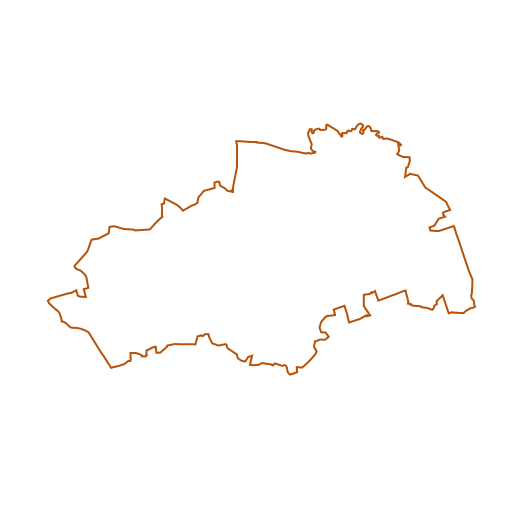 the district of Lutriņu pag., Saldus, Latvia, rotated 173°
{"feature_id": "27541924B57809969281457", "entity_name": "Lutriņu pag.", "entity_type": "district", "adm_level": 2, "iso_a3": "LVA", "parent_name": "Latvia", "parent_adm1": "Saldus", "projection": "mercator", "projection_center": [22.327, 56.738], "detail": "fine", "context": "isolated", "style": "outline", "palette": "amber", "viewbox_px": 512, "rotation_deg": 173, "n_neighbors": 0, "source": "geoboundaries", "source_scale": "gbopen_adm2", "svg_char_len": 6057}
<svg xmlns="http://www.w3.org/2000/svg" viewBox="0 0 512 512"><g transform="rotate(173 256 256)"><path d="M71.7,175.6L68.6,176.3L68.6,176.0L63.0,175.1L57.1,174.0L53.5,176.4L52.7,176.6L50.1,177.8L49.6,178.0L47.0,178.1L44.9,178.8L45.4,182.4L45.3,182.8L45.4,183.9L45.3,185.2L45.5,185.7L46.7,186.9L47.3,188.7L47.3,189.5L47.1,190.0L47.2,191.0L46.6,191.8L46.2,193.3L44.9,200.5L44.0,206.3L46.7,215.9L52.4,244.2L54.8,255.1L54.7,255.2L56.0,261.6L69.5,258.9L71.7,258.5L73.9,258.8L79.9,260.1L80.3,263.2L75.3,264.3L70.2,270.7L63.5,272.0L65.0,274.0L65.3,275.7L64.9,276.5L64.7,276.6L57.8,278.0L60.2,284.8L60.6,286.5L79.7,303.5L85.4,316.1L93.4,318.9L93.5,318.6L93.8,318.2L96.6,317.2L98.4,316.3L96.1,325.3L94.4,325.7L92.0,331.1L91.6,332.1L91.7,334.3L91.8,334.9L91.6,335.3L98.3,336.5L103.4,339.7L101.0,343.2L101.2,349.4L99.2,348.1L98.5,348.6L100.6,351.3L101.6,352.0L104.8,353.4L107.1,354.7L111.8,356.7L115.6,356.8L116.1,358.9L119.2,358.3L119.5,359.8L119.5,360.2L119.9,360.1L120.6,360.3L121.4,360.7L122.0,361.2L121.9,362.0L121.6,362.5L121.3,362.7L120.2,362.8L119.2,363.2L118.8,363.9L118.9,364.2L119.1,364.5L120.3,365.1L121.7,365.4L123.6,365.5L125.7,365.9L126.2,366.1L126.4,366.4L126.4,368.0L127.3,370.4L128.1,371.1L128.5,371.3L128.9,371.3L130.4,370.8L132.0,368.9L132.9,368.1L133.5,368.1L133.5,367.9L134.2,367.8L134.4,367.7L134.6,367.3L134.2,366.3L134.3,365.8L134.6,364.8L135.3,364.3L135.9,364.3L136.4,364.6L137.6,365.6L137.8,365.9L137.8,366.4L136.1,369.4L134.7,370.8L133.9,371.6L133.7,372.1L134.1,373.0L135.8,374.6L136.2,374.7L137.0,374.6L138.1,374.2L139.4,373.3L140.4,372.2L141.8,370.2L142.5,369.7L143.1,369.8L144.8,370.5L145.1,370.4L145.3,370.1L145.8,369.1L146.0,368.6L146.3,368.4L146.8,368.3L147.6,368.4L148.6,369.1L149.3,369.3L149.9,369.0L150.3,368.6L150.5,368.3L150.5,367.9L150.7,367.3L151.1,367.1L151.7,367.0L152.8,367.2L154.2,367.2L155.0,367.5L155.3,367.5L155.7,367.2L155.8,366.7L155.8,365.9L155.5,364.7L155.7,364.3L156.0,364.1L156.5,364.1L156.8,364.2L157.4,366.0L158.6,367.3L158.8,367.8L159.1,368.9L159.6,370.0L163.5,373.2L165.8,374.9L167.1,376.0L168.3,376.6L168.5,377.4L168.8,377.7L169.6,377.8L170.3,377.2L170.6,376.1L170.6,375.2L170.6,374.4L170.8,373.6L171.2,373.2L171.7,373.0L172.8,372.9L176.9,373.2L177.2,374.1L177.9,374.7L179.0,374.8L181.0,374.4L182.4,373.8L183.3,372.8L183.7,371.7L184.1,370.9L184.7,370.9L185.2,371.3L185.5,371.8L185.7,372.9L185.4,373.6L185.2,374.7L185.3,375.1L186.2,375.4L187.3,375.1L188.4,373.1L189.2,372.0L189.4,371.5L189.2,368.0L187.9,363.1L187.5,361.8L187.1,360.4L187.2,359.6L188.5,356.6L188.0,355.2L187.4,353.8L184.4,352.0L184.9,351.4L187.4,351.2L189.2,350.9L189.9,351.4L192.1,351.9L193.1,351.5L198.1,352.9L199.2,353.5L200.5,353.8L203.0,354.7L208.1,355.6L214.4,357.8L232.0,366.3L233.7,366.9L239.9,368.2L241.8,368.7L241.7,369.1L246.8,369.7L255.9,371.5L261.6,372.4L261.7,369.8L261.3,369.3L262.3,360.4L264.0,346.9L264.7,344.4L268.6,332.7L269.8,329.0L270.6,326.0L271.1,322.4L271.7,322.5L271.1,324.8L273.0,323.3L273.5,323.2L276.6,324.3L278.4,326.8L282.7,329.9L283.4,332.4L283.2,333.2L283.4,334.0L284.8,334.6L288.3,333.9L288.8,328.6L299.9,327.0L303.3,323.6L306.0,321.3L306.1,321.0L307.7,315.8L311.1,314.4L313.9,313.8L315.9,312.8L317.5,312.2L323.0,309.9L324.3,311.9L326.0,314.1L327.7,315.8L329.2,317.1L331.1,318.4L339.5,324.2L339.8,323.6L340.9,319.2L342.9,319.1L343.4,318.8L343.3,314.9L344.6,306.5L344.3,306.2L348.0,303.8L352.2,300.5L358.1,295.3L373.0,296.1L373.8,297.0L384.1,299.0L393.0,302.8L397.8,302.8L399.5,296.5L401.7,295.6L410.5,292.4L414.8,292.5L415.1,292.3L417.2,292.3L421.7,283.3L423.1,280.8L437.3,268.3L437.3,266.9L435.5,264.8L431.7,262.8L428.6,259.0L427.7,257.7L427.8,257.6L427.2,256.2L427.0,255.3L426.7,252.6L426.7,250.6L426.3,244.9L429.0,244.3L431.0,244.1L429.9,236.1L435.2,237.0L436.1,237.4L437.6,238.2L438.6,243.8L443.7,242.0L446.9,241.8L464.7,239.0L468.0,237.0L467.5,235.5L467.4,234.6L461.2,227.2L460.9,227.2L458.1,223.8L457.0,218.0L456.5,215.4L456.8,214.8L454.2,213.7L452.4,211.9L448.9,207.8L445.9,206.9L442.8,206.5L438.7,205.1L434.7,203.0L431.4,200.5L423.1,182.4L421.1,178.3L419.7,175.5L419.1,174.7L416.9,169.8L413.4,162.6L411.6,163.0L405.1,163.7L399.9,164.8L395.4,167.4L393.4,167.2L393.0,168.3L392.8,171.5L392.4,174.5L392.4,175.1L386.8,174.3L382.6,172.2L380.8,170.3L380.9,170.2L377.6,169.8L376.7,170.7L377.1,170.8L376.0,175.8L373.8,176.2L372.0,176.9L371.5,177.4L370.6,177.5L369.3,178.0L368.9,177.8L367.7,177.9L367.5,178.3L366.5,178.2L366.6,177.4L366.6,172.1L365.7,172.0L362.7,171.8L355.5,176.7L355.1,177.9L347.5,178.5L338.1,177.1L332.9,176.6L328.2,175.9L326.9,175.6L323.8,183.4L323.5,183.3L322.0,183.5L320.4,184.0L320.0,184.0L319.1,183.0L318.8,183.0L317.9,183.3L316.3,184.6L313.1,184.3L312.8,184.2L312.6,183.9L312.7,183.7L312.2,180.5L310.0,174.6L304.2,171.7L297.0,172.2L296.6,172.1L296.2,171.7L295.7,168.6L295.4,167.9L287.3,160.9L287.0,160.5L286.7,158.0L286.4,156.7L283.3,153.9L280.2,152.7L279.6,152.7L278.8,153.4L276.0,156.8L275.8,156.9L272.7,157.2L272.1,157.4L275.3,148.7L271.5,147.8L266.4,147.7L263.3,149.0L253.0,146.2L253.2,145.7L252.4,145.3L250.1,147.1L243.9,144.0L242.9,143.7L241.1,144.3L240.4,143.9L239.5,143.1L239.2,142.4L239.0,141.3L238.7,137.6L238.5,136.6L237.6,135.2L236.8,134.2L234.6,134.6L234.5,134.4L232.4,134.9L231.8,135.2L229.4,135.6L229.1,140.8L223.9,139.6L220.6,141.8L214.8,146.1L208.7,151.7L207.5,154.1L208.4,156.5L208.6,156.5L209.5,159.1L207.8,164.2L206.9,164.0L204.8,164.7L202.5,165.3L198.4,164.5L196.9,164.9L193.7,166.9L196.3,171.7L200.5,172.2L201.7,177.0L199.8,181.7L198.8,183.2L196.7,185.0L195.4,186.4L194.5,186.9L192.9,187.7L192.9,187.8L184.8,187.7L184.7,187.9L185.4,193.3L174.3,195.8L172.7,187.4L171.8,178.7L160.7,180.8L153.3,183.8L153.1,182.6L150.0,183.2L155.1,193.1L154.6,196.8L154.6,197.0L153.8,204.2L153.6,204.4L147.9,204.4L146.0,205.9L145.4,205.1L142.2,206.7L140.0,196.8L127.8,199.7L125.8,200.3L123.9,200.6L114.4,203.1L111.8,203.5L111.3,198.9L110.9,196.4L110.4,191.6L111.0,190.2L108.4,189.5L108.5,188.8L105.6,187.4L99.1,186.2L98.0,185.0L93.7,184.0L91.8,183.3L87.7,181.1L85.7,182.9L85.1,185.0L82.3,186.2L82.3,189.1L75.5,194.3L71.7,175.6Z" fill="none" stroke="#b45309" stroke-width="2"/></g></svg>